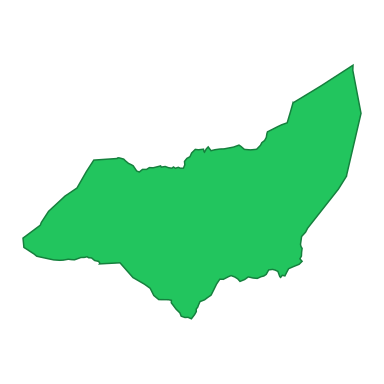 Foini, Limassol, Cyprus
{"feature_id": "46923920B60027378536738", "entity_name": "Foini", "entity_type": "district", "adm_level": 2, "iso_a3": "CYP", "parent_name": "Cyprus", "parent_adm1": "Limassol", "projection": "robinson", "projection_center": [32.817, 34.906], "detail": "fine", "context": "isolated", "style": "filled", "palette": "green", "viewbox_px": 384, "rotation_deg": 0, "n_neighbors": 0, "source": "geoboundaries", "source_scale": "gbopen_adm2", "svg_char_len": 2030}
<svg xmlns="http://www.w3.org/2000/svg" viewBox="0 0 384 384"><path d="M99.5,263.9L120.0,262.8L133.0,277.6L134.1,278.2L144.3,284.1L150.2,288.3L153.8,295.5L158.8,299.6L168.5,299.7L171.4,300.3L171.3,302.8L176.2,309.3L179.9,312.9L181.2,316.2L185.0,317.5L188.0,317.3L191.4,318.8L194.6,314.6L196.3,311.6L196.2,309.1L197.7,307.2L198.5,305.0L200.0,301.6L204.6,299.8L207.5,297.6L211.1,295.1L214.1,289.1L216.6,284.0L219.8,279.2L223.4,279.3L228.6,276.6L231.1,275.6L234.8,277.0L237.7,278.8L240.0,281.4L244.7,279.5L248.3,276.9L253.0,278.0L257.3,278.4L261.0,276.7L263.8,276.0L266.2,274.4L268.7,269.9L272.6,269.4L275.2,270.1L277.9,271.4L279.8,276.6L280.6,277.4L282.3,275.3L284.9,275.9L286.7,272.3L288.6,268.7L293.4,266.6L299.1,264.3L302.1,261.3L299.9,258.8L301.4,256.1L301.6,252.2L302.1,248.4L300.9,246.4L300.5,244.3L301.6,236.5L305.6,232.1L307.6,228.2L338.4,189.1L346.6,176.0L346.6,175.2L361.0,113.4L352.8,70.4L353.0,65.2L320.5,86.2L293.3,102.7L293.1,102.5L290.3,112.4L287.2,122.8L281.6,124.8L277.6,126.7L267.5,131.8L266.9,133.7L266.3,137.4L264.6,140.5L261.8,142.7L260.5,145.3L256.6,149.3L250.5,149.9L244.4,149.4L240.9,146.4L239.0,145.1L233.5,147.1L224.0,148.9L220.2,149.0L215.1,149.7L211.0,150.7L208.2,146.9L206.3,148.9L204.5,152.2L204.0,151.7L203.5,149.2L198.4,149.8L195.3,149.4L191.6,153.0L190.0,156.7L186.9,158.4L184.5,161.4L184.8,164.9L183.4,168.2L180.2,168.2L178.3,167.3L175.4,168.3L173.5,167.0L171.8,168.2L168.5,167.7L165.2,166.5L161.3,167.1L160.6,165.9L158.8,166.4L153.1,167.8L149.4,167.6L146.6,169.4L142.5,169.4L139.3,172.0L136.7,171.0L133.2,165.8L131.5,164.8L128.5,163.4L125.4,160.8L123.7,159.1L121.2,158.4L118.8,157.8L117.5,158.0L117.2,158.5L93.8,160.1L86.5,171.4L77.0,188.0L65.1,196.0L48.6,211.3L41.3,222.5L40.3,225.2L23.0,238.1L23.9,247.4L34.2,254.1L36.7,256.2L40.2,257.0L43.9,257.8L48.9,258.9L53.8,259.9L59.9,260.3L63.3,260.1L68.4,259.2L71.2,259.6L74.5,259.8L77.3,258.8L80.8,257.5L84.5,257.4L87.1,256.7L88.5,257.7L91.5,257.9L94.6,260.5L98.6,261.4L99.9,263.3L99.5,263.9Z" fill="#22c55e" stroke="#15803d" stroke-width="1.5"/></svg>